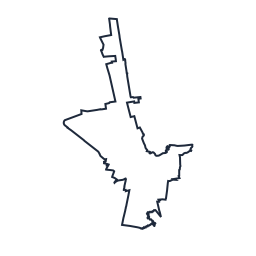 outline of Titu, Dâmbovita, Romania, rotated 215°
{"feature_id": "2599482B39666992432313", "entity_name": "Titu", "entity_type": "district", "adm_level": 2, "iso_a3": "ROU", "parent_name": "Romania", "parent_adm1": "Dâmbovita", "projection": "orthographic", "projection_center": [25.555, 44.638], "detail": "fine", "context": "isolated", "style": "outline", "palette": "slate", "viewbox_px": 256, "rotation_deg": 215, "n_neighbors": 0, "source": "geoboundaries", "source_scale": "gbopen_adm2", "svg_char_len": 5295}
<svg xmlns="http://www.w3.org/2000/svg" viewBox="0 0 256 256"><g transform="rotate(215 128 128)"><path d="M199.6,210.8L205.1,207.6L206.1,207.0L206.2,206.8L202.3,202.6L200.8,200.8L195.1,194.5L200.0,189.5L203.0,186.2L201.7,185.4L195.8,182.2L194.3,179.2L193.7,177.2L194.1,176.6L194.6,176.7L194.8,176.4L194.7,176.1L193.0,175.1L191.2,173.8L188.7,172.4L188.3,172.8L185.1,175.5L179.8,179.7L177.7,177.5L176.2,175.8L179.4,173.1L178.5,172.3L179.5,171.4L182.4,167.8L179.4,165.3L173.3,160.5L153.5,142.5L157.7,138.6L157.8,138.2L157.7,137.9L157.8,137.5L160.3,134.7L157.1,131.2L160.0,128.4L161.5,127.2L161.6,127.3L163.7,125.1L170.4,118.7L170.8,118.4L171.9,117.8L176.4,115.7L174.1,112.8L184.2,98.2L184.3,97.6L184.2,96.6L183.8,95.7L183.4,95.1L182.7,94.5L181.6,94.0L177.7,93.8L177.7,93.5L173.1,93.5L157.1,92.7L156.5,92.5L139.1,91.6L138.6,91.5L136.4,90.5L136.4,90.4L134.5,89.3L130.1,88.9L128.9,89.1L128.1,89.9L127.8,89.3L127.8,88.7L127.4,88.4L127.2,88.1L127.2,87.6L127.6,87.2L128.1,87.0L128.3,86.6L127.9,86.1L127.6,86.3L127.3,85.4L124.3,86.6L122.9,87.0L122.8,86.5L124.2,86.0L124.1,85.9L123.9,85.1L122.7,85.5L122.6,84.5L122.7,84.3L122.6,84.1L122.3,81.9L122.1,81.4L121.4,81.7L118.6,83.3L115.9,84.7L115.4,84.7L114.5,84.6L114.2,83.6L113.2,79.6L112.9,78.8L110.3,79.4L107.7,79.4L107.9,75.6L107.6,75.4L107.4,76.4L107.0,77.5L106.3,78.9L105.3,80.0L102.7,82.4L102.0,83.3L101.6,84.3L101.1,85.1L100.5,85.8L100.6,85.5L100.4,85.1L99.8,83.5L99.5,83.1L99.4,82.7L98.3,80.0L97.5,78.1L97.3,78.0L96.8,77.0L96.3,75.5L95.9,74.9L94.4,76.0L93.8,75.4L93.6,75.3L93.5,75.1L91.2,77.8L89.1,73.2L86.2,66.5L84.6,62.9L84.2,61.6L83.7,60.7L83.5,60.0L83.0,59.0L80.6,52.9L80.5,52.6L80.2,51.8L77.3,45.2L70.4,48.8L63.3,52.1L60.8,53.1L60.4,53.0L60.0,53.0L59.8,53.2L59.4,53.4L59.1,53.9L58.5,53.6L58.0,54.2L57.9,54.8L58.0,54.9L58.1,55.5L57.3,55.5L57.2,56.0L57.3,56.1L57.3,56.4L57.2,56.6L56.5,56.7L56.6,57.1L56.9,57.4L56.8,57.5L56.3,57.7L56.1,57.9L56.2,58.4L55.9,58.5L55.5,58.6L55.4,58.7L55.5,59.2L55.9,59.2L55.9,59.6L55.7,59.7L55.5,59.8L55.3,60.0L55.1,60.0L54.8,60.1L54.6,60.8L54.4,61.0L54.5,61.3L54.0,61.9L54.1,62.6L53.8,63.0L53.7,63.2L53.5,63.5L53.2,63.7L53.0,63.4L52.6,63.3L52.4,63.7L52.0,63.7L51.6,63.7L51.0,63.4L50.9,63.0L50.4,62.8L50.2,62.9L50.3,63.4L50.7,63.8L50.7,64.3L51.1,64.5L51.6,64.5L51.7,65.1L51.4,65.2L51.2,65.3L51.1,65.6L51.5,65.7L52.4,65.4L52.4,65.1L52.8,64.7L53.0,64.7L53.2,65.0L53.7,64.9L53.7,65.1L53.8,65.2L53.9,65.6L53.9,66.0L54.1,66.1L54.6,66.2L54.8,66.1L54.9,65.7L55.2,65.9L55.3,66.1L55.8,66.1L56.6,66.4L57.0,66.1L57.2,65.7L57.7,65.5L57.9,65.6L58.0,65.9L58.3,65.9L58.6,66.1L59.0,66.3L59.1,66.2L59.4,66.1L59.9,65.4L60.0,65.3L60.5,65.6L60.7,66.7L60.2,67.0L59.9,67.0L59.8,67.4L60.3,67.8L60.6,67.8L60.8,67.6L61.0,67.7L61.3,68.3L61.8,68.1L61.9,68.3L62.2,68.6L62.3,68.8L62.1,69.0L62.4,69.1L62.7,68.8L62.9,68.5L63.1,68.5L63.3,68.6L63.3,69.0L63.0,69.3L62.9,69.5L62.7,69.6L63.0,70.0L63.5,70.1L63.5,70.4L63.1,70.7L62.7,70.7L62.3,70.8L62.2,70.7L61.8,71.1L62.1,71.5L62.0,72.0L61.3,72.3L60.9,72.7L60.1,72.7L60.0,73.1L60.3,73.3L60.3,73.5L60.1,74.0L59.5,74.1L59.4,74.3L59.4,75.1L59.6,75.4L59.6,75.6L58.4,76.5L49.8,74.0L50.2,74.2L53.8,77.4L54.7,78.0L61.8,84.4L60.6,85.2L60.8,85.3L61.0,85.5L61.1,86.1L60.6,86.3L60.3,87.0L60.6,87.2L61.5,86.6L61.9,86.8L58.8,89.4L56.2,90.8L56.4,91.1L56.4,91.9L60.3,99.5L61.0,100.7L63.9,105.9L64.7,107.6L64.4,107.7L63.3,108.6L61.9,111.0L61.5,111.5L62.1,111.7L61.7,112.0L61.0,111.8L59.4,112.8L60.9,112.8L57.1,116.5L59.0,117.7L58.7,118.3L62.0,123.0L61.8,123.5L61.9,123.9L62.0,124.2L62.4,124.7L63.0,125.8L63.2,126.9L64.2,127.9L68.5,133.7L70.3,135.4L69.6,135.8L68.0,137.0L67.8,137.6L67.7,139.0L67.1,140.1L66.8,140.5L65.7,141.3L65.0,142.5L64.7,143.7L64.4,144.1L64.2,144.4L64.2,144.9L64.1,145.1L63.2,145.4L63.3,145.9L64.2,145.8L64.4,145.9L64.7,146.3L64.7,147.1L64.9,148.0L64.6,149.2L64.7,149.7L64.8,150.0L65.3,150.4L65.7,151.2L65.8,151.2L66.0,151.1L66.6,150.6L68.7,148.7L71.7,146.0L77.0,141.8L78.2,141.2L80.0,140.5L83.9,138.1L84.0,138.0L83.4,137.2L83.2,136.8L83.2,135.9L83.3,135.6L83.6,135.5L84.9,135.9L85.1,135.9L85.3,135.6L85.4,134.7L85.2,134.0L84.8,133.6L84.6,133.7L84.4,134.4L84.0,134.7L83.7,134.7L83.3,134.5L83.8,134.2L83.9,133.8L83.6,133.8L82.8,134.1L82.6,133.9L82.5,133.5L82.6,133.3L83.0,133.2L83.3,133.2L83.6,133.2L83.6,132.5L84.1,131.6L84.1,131.4L83.9,130.8L83.7,130.7L82.8,131.0L82.4,130.7L82.4,130.3L82.8,129.9L82.8,129.2L85.1,127.2L85.4,126.3L86.4,124.1L86.8,123.3L87.5,122.5L88.7,121.6L89.6,121.4L89.9,121.5L90.3,121.7L90.9,122.2L92.8,122.6L93.2,122.6L93.7,122.4L94.2,122.0L94.4,121.2L94.8,121.0L95.0,120.7L95.0,120.2L95.3,119.8L96.0,119.8L96.2,120.1L96.1,120.9L96.2,121.0L96.5,121.0L99.3,119.8L99.5,120.7L99.7,121.0L101.7,121.5L102.6,122.1L104.1,123.5L106.2,124.6L110.4,127.4L111.0,129.0L111.0,129.5L111.0,129.9L110.8,130.4L110.8,131.0L111.0,131.4L111.3,131.8L111.7,132.0L112.5,131.8L113.2,132.5L118.6,135.2L120.0,133.2L129.6,141.3L132.1,138.5L143.4,148.2L138.2,153.3L137.2,152.2L133.8,155.2L136.2,157.8L134.6,159.4L135.6,160.5L140.7,156.1L141.2,156.3L141.7,156.1L143.3,154.8L144.0,155.3L158.2,169.8L159.4,171.3L160.5,172.2L160.4,172.4L160.6,172.4L167.0,179.1L167.2,179.7L168.8,181.4L168.9,181.6L169.4,182.2L169.8,182.6L170.3,182.6L170.6,182.2L170.7,181.6L170.9,181.2L176.6,187.2L177.4,187.9L186.6,197.2L188.2,199.0L194.6,205.5L198.8,209.9L199.6,210.8Z" fill="none" stroke="#1e293b" stroke-width="2"/></g></svg>